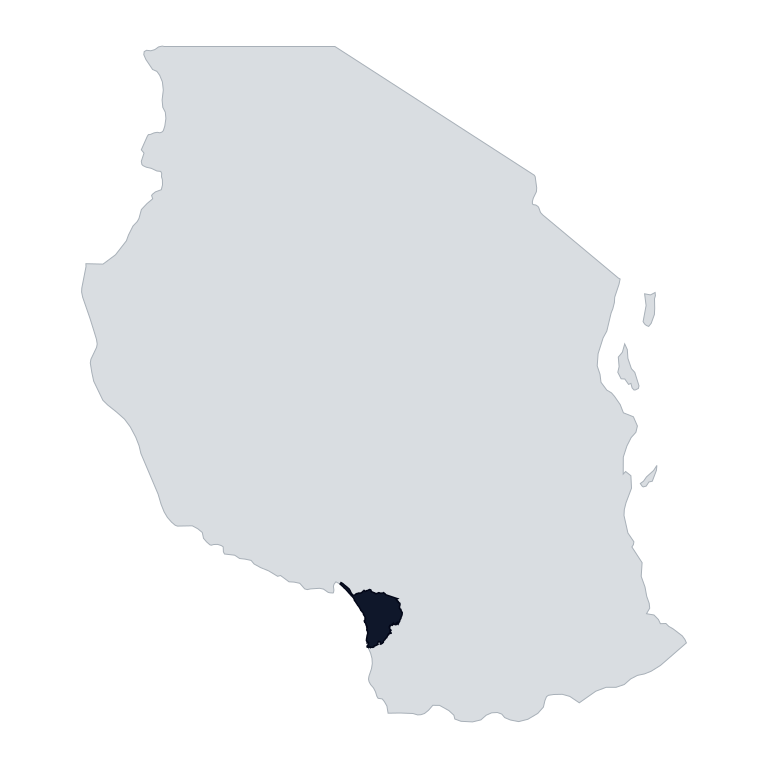 Ludewa, Njombe, United Republic of Tanzania shown in context
{"feature_id": "72390352B43391507115191", "entity_name": "Ludewa", "entity_type": "district", "adm_level": 2, "iso_a3": "TZA", "parent_name": "United Republic of Tanzania", "parent_adm1": "Njombe", "projection": "natural_earth1", "projection_center": [34.61, -10.023], "detail": "fine", "context": "in_parent", "style": "filled", "palette": "ink", "viewbox_px": 768, "rotation_deg": 0, "n_neighbors": 0, "source": "geoboundaries", "source_scale": "gbopen_adm2", "svg_char_len": 9336}
<svg xmlns="http://www.w3.org/2000/svg" viewBox="0 0 768 768"><path d="M277.6,576.3L268.7,570.9L260.6,567.6L254.1,564.0L251.1,560.4L245.0,559.1L239.6,558.5L234.7,555.2L224.5,554.0L223.4,551.8L223.2,546.9L221.4,545.6L217.7,544.4L213.8,544.5L211.3,545.2L209.9,544.8L206.6,541.9L203.5,538.3L202.3,532.5L197.7,528.7L192.3,525.8L177.4,526.1L175.1,525.2L171.6,522.2L167.4,517.4L164.1,511.8L161.1,504.3L158.1,494.1L140.9,453.5L139.1,445.8L135.8,437.3L130.3,426.9L124.5,419.1L116.6,412.1L107.7,405.0L102.9,400.3L93.7,381.2L91.8,372.3L90.3,363.0L90.9,359.3L96.6,347.3L97.2,344.0L96.5,339.4L93.6,329.9L90.0,318.4L82.7,297.3L81.6,292.0L81.8,288.1L86.0,266.7L85.9,263.7L103.0,264.1L115.5,254.8L126.4,240.8L128.5,235.0L133.0,226.0L137.3,221.5L139.0,218.4L141.4,209.5L147.2,203.4L152.7,198.8L151.6,195.5L152.4,194.3L155.4,191.9L161.3,189.7L162.5,185.0L162.4,179.7L161.5,176.8L161.7,173.3L160.7,171.4L156.9,171.0L151.2,168.3L146.3,167.2L143.1,165.7L141.9,164.5L141.3,161.3L144.0,153.1L141.3,149.8L147.3,136.3L148.4,134.6L150.5,134.4L154.0,132.9L157.2,132.3L159.7,132.8L161.7,132.2L163.3,130.7L164.8,126.1L165.9,118.4L165.3,112.2L162.8,107.3L162.1,100.0L163.3,90.1L162.4,81.9L159.7,75.3L156.9,71.4L152.6,69.5L145.9,59.5L143.8,54.7L144.2,51.6L146.5,50.3L150.8,50.8L154.8,49.6L158.6,46.9L162.2,46.1L164.2,46.5L334.9,46.5L534.4,175.3L535.2,176.8L536.7,187.9L536.4,191.7L533.3,198.1L532.4,201.4L532.4,203.7L533.1,204.6L535.8,205.0L538.0,206.5L538.8,207.7L540.5,212.5L542.7,214.9L618.4,278.1L620.1,279.0L619.0,284.3L614.7,297.2L614.4,302.5L612.8,308.8L611.1,313.0L606.8,331.1L603.1,337.9L598.1,353.7L597.2,365.9L600.0,374.3L601.0,382.3L606.8,390.1L611.5,392.9L614.6,396.5L620.2,404.6L623.4,412.8L633.4,416.8L637.4,426.0L635.9,432.3L631.2,437.5L626.9,446.0L623.3,457.1L623.2,474.1L625.6,471.5L630.9,475.7L631.5,488.2L626.0,502.8L624.3,509.6L624.0,515.5L627.9,533.0L633.9,541.8L633.4,544.6L631.9,547.0L642.1,562.7L641.2,576.4L645.0,587.0L646.7,596.3L649.2,603.4L649.7,608.2L646.5,613.7L654.0,615.0L658.4,619.5L660.4,623.7L665.9,623.5L668.8,626.4L673.0,628.8L682.3,635.9L684.9,639.5L686.4,642.9L660.5,665.4L651.2,671.2L644.5,673.9L637.4,675.4L630.7,678.9L624.3,684.5L616.1,687.3L606.2,687.3L595.8,691.2L579.3,702.8L569.8,696.4L562.3,694.3L553.7,694.5L548.4,695.3L546.5,696.7L544.9,700.6L543.4,707.1L537.8,713.4L527.8,719.3L518.7,721.6L510.4,720.0L504.7,717.6L501.8,714.1L497.4,712.5L491.7,712.8L486.2,715.2L480.9,719.9L472.5,721.9L461.0,721.3L454.8,719.0L453.9,715.2L448.9,710.6L439.6,705.4L432.8,705.3L428.5,710.3L424.5,713.5L420.9,714.7L417.6,714.9L413.0,713.5L400.2,713.0L388.1,713.2L386.9,706.0L384.4,701.6L382.2,698.9L378.1,698.3L376.9,696.3L375.5,691.8L373.5,687.9L370.7,684.7L369.1,681.8L368.5,679.1L369.0,676.1L371.5,668.7L372.3,663.6L372.0,658.4L370.6,653.1L367.8,646.8L368.1,644.9L367.1,640.6L367.0,637.6L367.6,633.8L367.0,628.8L364.6,618.2L364.6,615.5L361.9,610.4L353.9,598.3L353.5,596.7L340.9,584.5L335.9,581.8L334.1,584.1L333.4,586.2L333.9,590.1L333.6,592.1L333.1,593.0L330.1,592.8L328.2,592.4L323.5,589.1L319.7,588.3L310.5,588.9L307.3,589.6L304.7,588.9L299.8,583.3L294.1,582.1L289.0,581.8L280.5,575.5L277.6,576.3ZM634.8,372.4L639.0,385.9L638.4,388.4L635.5,389.9L634.0,390.0L632.1,387.9L630.9,383.4L628.6,384.4L624.8,379.0L621.1,378.8L617.8,372.3L619.1,366.7L618.3,357.1L622.4,352.2L624.7,343.9L627.3,349.6L627.9,358.4L631.4,368.7L634.8,372.4ZM655.1,292.5L655.4,295.7L654.5,298.7L654.7,308.2L654.4,314.5L651.2,323.3L648.7,326.4L646.4,325.5L644.6,324.0L643.1,321.6L646.1,305.6L644.6,293.8L650.5,294.9L655.1,292.5ZM646.2,486.1L643.2,486.9L642.1,486.1L640.3,483.5L643.5,481.2L646.5,476.9L653.6,470.5L656.9,465.4L656.4,470.4L652.3,481.2L648.9,482.0L646.2,486.1Z" fill="#d9dde1" stroke="#a8b0b8" stroke-width="1"/><path d="M340.1,584.0L343.8,587.4L343.9,587.6L344.2,587.8L344.3,588.1L344.6,588.2L345.3,588.9L345.7,589.1L346.5,590.2L348.0,591.7L348.4,592.4L348.9,592.9L350.0,594.0L350.3,594.4L350.4,594.6L350.6,594.7L351.0,595.1L351.1,595.3L351.3,595.7L352.2,596.3L352.5,596.8L353.2,597.5L353.5,597.8L353.6,598.2L353.9,598.3L354.0,598.7L354.0,598.9L354.2,599.1L354.3,599.4L354.3,599.7L354.3,599.9L354.3,600.1L354.5,600.3L354.8,600.9L355.0,600.9L355.1,601.1L355.4,601.5L355.6,601.7L355.7,602.1L356.3,602.8L356.3,603.0L356.6,603.3L356.6,603.5L356.9,603.8L357.3,604.6L357.9,605.5L358.7,606.3L359.2,607.2L359.5,607.6L360.1,608.7L360.6,609.6L360.7,610.1L361.0,610.5L361.6,611.0L361.8,611.3L362.0,611.5L362.1,611.8L362.4,611.9L362.5,612.1L362.8,612.2L363.2,612.9L363.3,613.6L363.5,613.6L363.6,613.8L363.6,614.2L363.5,614.4L363.5,614.5L363.8,614.9L363.9,615.0L364.0,615.4L364.2,615.5L364.4,615.8L364.5,616.1L364.7,616.3L364.8,616.6L365.2,617.3L365.2,617.5L365.4,617.7L365.4,618.1L365.2,618.3L365.4,618.5L365.5,618.7L365.2,619.4L365.2,619.6L365.0,619.8L364.7,620.3L364.3,620.7L364.3,621.1L364.5,621.2L364.5,621.4L364.7,621.8L364.7,622.2L364.8,622.2L365.6,623.3L365.8,624.0L366.0,624.5L366.2,624.8L366.2,625.1L366.3,625.1L366.5,625.6L366.8,626.0L366.7,626.4L366.9,626.4L367.0,626.5L367.0,626.9L366.7,627.1L367.1,627.8L366.9,628.0L366.9,628.3L367.0,628.6L367.0,628.9L367.0,629.0L366.8,629.4L366.8,629.6L366.9,629.8L366.9,630.3L367.1,630.4L367.1,630.7L367.4,630.9L367.6,631.3L367.6,631.7L367.6,631.8L367.6,632.3L367.8,632.7L367.9,633.0L367.6,633.7L367.7,634.0L367.2,635.1L367.3,635.2L367.2,635.6L367.1,636.3L366.9,636.8L366.8,637.8L366.7,638.1L366.8,638.4L366.5,639.0L366.5,639.5L366.5,640.1L366.4,640.6L366.5,640.8L366.7,641.0L366.9,641.5L367.1,642.1L367.1,642.6L367.7,642.1L368.2,642.5L368.3,642.5L368.3,642.4L368.4,642.5L368.2,642.6L368.2,642.8L368.0,643.0L368.3,643.5L368.4,643.9L368.4,644.2L368.3,644.6L367.9,645.1L367.4,645.5L367.2,645.9L367.1,646.5L367.0,646.9L367.1,647.0L367.4,647.2L367.8,647.2L368.2,646.9L368.4,646.9L368.6,646.9L368.8,647.4L369.0,647.2L369.1,646.8L369.2,646.7L369.3,647.0L369.9,647.0L370.1,647.2L370.2,647.5L370.3,647.6L370.6,647.2L371.0,647.4L371.8,647.2L372.8,647.4L373.1,647.3L374.0,646.8L374.1,646.4L374.2,645.9L374.3,645.7L375.0,645.7L375.2,645.8L377.6,644.6L377.3,644.5L377.3,644.3L377.5,644.2L377.5,643.6L378.0,643.0L378.1,642.1L378.4,641.5L378.6,641.4L379.8,641.7L379.8,642.0L380.0,642.1L380.2,642.3L380.3,642.3L380.3,642.6L380.5,643.0L380.4,643.5L380.3,644.1L380.5,644.4L380.4,644.6L381.3,643.8L382.5,643.2L382.7,642.9L382.9,642.5L383.3,642.3L383.2,641.8L383.3,641.6L383.6,641.0L383.8,640.5L384.6,639.9L384.9,639.6L385.7,638.2L386.6,637.8L387.9,635.0L388.0,634.8L388.4,634.9L388.5,634.8L388.5,633.9L388.6,633.7L389.1,633.5L389.5,633.7L389.8,633.3L390.2,633.1L390.8,633.4L391.1,633.3L391.1,632.9L391.0,632.7L390.8,632.5L390.4,632.1L390.3,631.7L390.2,631.8L390.2,632.5L390.0,632.4L390.0,631.8L389.9,631.5L389.9,631.3L390.1,631.3L390.2,631.2L390.1,630.9L390.0,630.5L390.1,630.1L390.3,630.2L390.2,630.5L390.4,630.6L390.7,630.5L390.9,630.5L391.0,630.3L390.6,630.0L390.6,629.8L390.3,629.7L390.2,629.3L390.1,629.1L389.6,628.7L389.3,628.0L389.3,627.9L389.5,627.9L389.7,627.5L389.7,627.3L389.4,627.2L389.3,626.6L389.4,626.4L389.6,626.2L389.8,626.3L389.8,625.6L390.2,625.7L390.6,625.7L390.9,625.2L391.0,625.1L391.5,624.9L392.0,625.2L392.3,625.3L392.5,625.0L392.3,624.9L392.0,624.9L391.9,624.7L392.1,624.4L392.4,623.9L392.7,623.8L392.9,624.1L393.2,624.3L393.4,624.1L393.4,623.8L393.5,623.2L393.7,623.4L393.9,624.2L394.0,624.4L394.3,624.4L394.7,624.1L394.9,624.1L395.1,624.5L395.8,624.4L396.0,624.7L396.6,624.2L397.1,623.9L397.2,623.7L397.1,623.4L396.5,623.2L396.3,623.0L396.4,622.9L396.9,622.6L397.1,622.4L397.3,622.2L397.7,622.4L397.8,622.7L397.7,623.1L397.5,623.6L397.5,623.8L397.9,624.2L398.1,623.9L398.2,624.1L398.4,623.8L398.4,623.4L398.8,622.6L399.1,622.2L399.7,621.2L399.8,620.3L400.1,619.5L400.8,618.6L401.2,616.7L401.7,615.9L401.9,615.2L402.1,614.4L402.2,613.0L402.2,612.4L401.8,612.2L401.6,611.5L401.4,611.2L401.1,611.0L401.1,610.7L401.1,610.4L401.0,609.9L400.6,609.8L400.5,609.7L400.6,609.3L400.2,609.2L400.0,608.7L399.6,608.5L399.4,608.2L399.6,607.5L399.6,607.0L399.4,606.5L399.4,606.4L399.6,605.9L399.8,605.7L399.8,605.3L400.0,604.7L399.9,603.4L399.7,603.1L399.5,602.9L398.9,602.8L398.3,602.5L398.3,602.2L398.4,601.8L398.4,601.7L397.8,601.2L397.6,600.8L397.1,600.7L396.7,600.0L396.3,599.6L396.1,599.5L396.1,599.4L397.4,598.9L397.7,598.7L396.9,598.5L385.9,594.8L385.2,594.0L385.1,593.8L384.2,593.2L383.6,592.6L383.4,592.7L382.7,593.1L382.1,593.2L381.8,593.1L381.2,593.2L380.8,593.4L380.5,593.2L380.3,593.3L379.7,592.9L378.9,592.7L378.5,592.7L377.6,593.2L377.3,593.3L376.9,593.5L376.6,593.5L376.3,593.6L376.2,593.7L375.9,593.8L375.6,593.7L375.0,593.4L374.8,592.9L373.7,592.7L372.7,592.1L372.4,592.1L371.3,591.6L371.2,591.4L371.0,590.2L370.5,589.8L370.1,589.7L369.9,589.6L369.6,589.5L369.1,589.7L367.7,590.5L366.4,590.7L365.7,591.3L365.0,591.3L365.0,591.1L364.5,590.8L364.3,590.5L364.0,590.4L363.6,591.0L363.3,591.1L362.8,591.4L362.7,591.7L362.1,592.1L361.9,592.5L361.0,592.8L360.7,593.2L360.5,593.3L360.4,593.3L360.4,593.2L360.2,593.3L360.1,593.2L359.9,593.1L359.6,593.2L359.4,593.1L358.9,593.3L358.8,593.1L358.2,593.1L357.7,593.4L357.4,593.7L357.2,593.7L356.8,594.0L356.6,594.0L356.3,593.7L355.7,594.2L355.2,594.7L354.6,595.2L354.1,595.2L353.3,595.2L353.0,595.1L352.5,594.7L351.8,593.8L351.4,593.4L350.8,592.2L350.5,591.7L350.1,590.6L349.6,589.8L349.0,588.8L348.6,588.6L347.6,587.6L345.5,585.9L344.7,585.3L342.9,583.7L341.3,582.7L341.0,582.6L340.7,583.4L340.1,584.0Z" fill="#0f172a" stroke="#020617" stroke-width="1.5"/></svg>